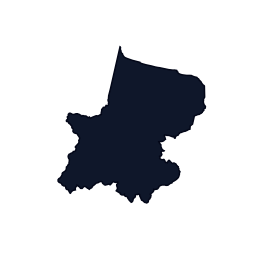 Chiclayo, Lambayeque, Peru (Mercator projection), rotated 150°
{"feature_id": "86281439B7276941823371", "entity_name": "Chiclayo", "entity_type": "district", "adm_level": 2, "iso_a3": "PER", "parent_name": "Peru", "parent_adm1": "Lambayeque", "projection": "mercator", "projection_center": [-79.536, -6.829], "detail": "fine", "context": "isolated", "style": "filled", "palette": "ink", "viewbox_px": 256, "rotation_deg": 150, "n_neighbors": 0, "source": "geoboundaries", "source_scale": "gbopen_adm2", "svg_char_len": 5775}
<svg xmlns="http://www.w3.org/2000/svg" viewBox="0 0 256 256"><g transform="rotate(150 128 128)"><path d="M171.5,170.1L172.9,169.7L173.0,168.7L175.1,167.9L175.1,167.2L175.6,166.1L175.9,165.8L177.2,165.6L177.6,165.3L177.9,164.6L177.9,164.4L177.1,163.7L176.6,163.1L176.6,162.9L176.8,162.5L176.9,161.9L176.0,159.8L176.0,158.7L175.6,157.8L176.4,156.4L176.5,156.2L176.1,155.2L176.1,154.4L176.3,153.9L177.3,152.8L177.3,151.8L177.1,150.9L176.6,150.2L175.0,148.5L174.8,147.5L175.0,146.8L174.8,145.5L174.8,143.4L176.1,142.2L176.8,141.9L177.1,141.0L178.1,139.6L182.9,138.1L183.2,137.6L183.0,136.8L183.3,135.9L185.0,134.4L186.3,134.6L187.2,135.0L187.9,134.4L188.6,134.3L189.7,134.6L191.0,134.6L191.4,134.5L192.1,134.7L193.1,134.2L193.7,133.7L194.2,133.0L194.6,131.3L194.4,130.3L195.0,129.4L195.1,129.0L196.5,127.4L196.9,126.3L197.2,126.2L197.9,126.3L199.6,125.2L200.8,125.0L202.1,123.1L203.4,122.2L207.1,121.9L207.8,121.4L208.2,120.6L210.2,119.3L211.9,118.7L213.3,118.7L213.9,118.4L214.5,118.1L214.9,117.2L215.1,117.0L215.0,115.9L214.7,115.1L213.9,114.3L213.6,113.6L213.4,113.1L213.5,111.6L212.7,110.1L211.5,109.2L211.4,108.8L211.4,108.2L211.8,107.3L212.0,106.1L211.5,105.1L210.5,104.5L210.7,103.5L210.8,100.7L210.5,100.3L210.0,100.5L209.2,101.0L207.7,101.4L206.6,101.4L204.5,100.7L204.2,101.6L203.4,102.6L201.8,103.4L201.1,103.5L200.8,103.9L200.6,103.4L200.3,103.3L200.3,103.0L200.2,102.5L199.5,101.3L199.3,99.7L199.1,99.3L197.9,98.6L195.7,99.4L195.4,99.4L194.4,98.8L193.8,97.9L193.4,97.0L193.3,96.3L192.6,95.5L192.2,94.3L190.7,94.6L189.5,94.4L187.9,95.1L187.6,95.5L187.4,95.6L186.1,95.5L185.7,95.7L184.7,95.8L183.1,96.2L181.2,95.6L180.2,95.7L178.1,95.3L177.7,94.9L177.3,93.5L177.6,92.9L177.5,92.4L177.2,92.1L176.9,90.8L176.3,90.0L173.9,89.3L172.5,89.0L172.1,88.0L171.7,87.7L170.2,88.2L169.7,88.3L168.9,88.8L167.6,88.9L166.4,87.5L165.6,86.9L164.1,86.6L163.9,86.4L164.5,85.2L165.2,84.9L165.9,84.8L166.5,84.0L166.8,83.0L166.6,82.2L167.1,81.8L167.3,81.2L167.8,80.3L169.4,79.7L169.6,79.5L168.5,77.5L168.0,76.8L167.9,76.3L167.2,75.4L167.6,74.9L167.5,74.3L167.0,73.4L166.6,73.0L165.8,72.6L164.9,72.4L164.3,72.4L164.9,71.6L164.8,71.3L164.4,70.1L163.4,69.4L162.9,68.1L163.2,67.6L163.2,66.6L163.0,66.0L163.1,65.3L162.9,64.0L162.4,62.8L162.4,62.1L162.0,62.0L161.3,62.0L160.3,62.5L158.5,64.4L157.1,64.4L156.3,64.7L155.7,65.3L155.3,66.3L155.0,66.5L154.1,66.3L153.3,65.7L151.8,65.5L151.7,65.1L151.4,65.0L151.2,64.6L151.8,63.3L151.8,62.1L152.0,61.4L152.0,60.6L152.3,58.8L151.4,57.5L151.2,56.5L150.7,55.2L150.1,54.8L149.5,53.9L148.7,53.7L147.7,53.8L147.3,54.0L146.8,54.8L145.9,55.5L145.4,55.7L144.4,55.8L143.8,56.4L143.0,56.7L142.8,57.2L142.2,57.6L141.6,58.4L141.9,59.3L141.7,59.7L139.5,59.9L138.2,60.2L137.9,60.5L137.1,60.8L136.4,62.1L135.6,61.4L134.1,60.8L133.0,60.5L132.5,60.6L131.1,61.2L130.3,61.9L129.5,62.0L126.9,61.7L126.5,61.3L124.9,60.5L123.7,59.3L122.5,58.7L121.6,58.5L120.8,58.7L118.8,58.9L117.6,58.5L117.2,58.6L116.6,59.2L114.3,59.1L112.4,59.2L110.3,59.6L109.8,59.9L109.4,59.9L108.4,60.5L107.6,61.4L106.9,61.8L106.5,62.7L104.8,64.3L105.1,65.9L104.8,66.5L104.8,66.8L104.3,67.5L104.3,68.8L104.2,69.2L103.9,69.4L104.3,70.0L104.3,70.9L104.6,71.4L104.5,72.8L105.6,74.6L106.2,74.9L106.7,74.7L107.3,75.1L108.2,77.7L108.3,79.1L108.5,79.4L109.0,79.6L109.6,79.4L110.2,79.1L110.6,78.6L111.2,78.2L111.9,79.0L112.7,79.3L112.8,79.5L112.5,81.3L112.6,82.7L112.9,83.0L113.7,83.1L114.9,84.0L115.5,84.9L115.7,85.9L115.1,86.4L114.8,87.7L114.5,87.7L114.0,87.4L113.3,87.3L112.1,88.0L111.8,88.4L111.8,89.4L111.3,90.8L109.9,91.0L108.9,90.3L108.3,90.1L108.1,90.2L108.6,90.7L108.6,91.1L108.8,91.4L109.2,93.1L108.7,95.8L107.9,96.9L108.2,97.5L108.1,98.4L108.3,99.0L108.3,100.2L108.2,100.8L107.0,100.1L104.8,99.2L103.4,99.1L102.2,99.5L101.2,99.5L100.5,102.5L100.5,103.1L100.0,103.6L99.6,103.3L98.7,103.0L98.2,102.3L96.7,101.4L95.9,100.7L93.8,98.1L93.3,97.8L92.9,98.1L92.6,98.0L92.8,96.2L92.7,95.9L92.4,95.7L92.1,95.7L91.8,96.0L91.4,96.6L90.5,97.0L89.2,97.0L88.1,96.8L87.5,97.4L86.7,97.6L86.3,97.5L86.0,98.1L84.0,97.6L83.7,97.4L83.4,97.5L81.3,97.1L80.2,96.7L79.9,96.6L79.8,96.8L79.3,96.6L78.8,96.7L78.5,96.4L76.1,96.4L75.0,96.0L73.1,98.7L70.2,99.1L64.5,105.3L64.0,105.3L63.3,105.1L61.2,104.8L60.8,104.9L59.9,104.3L59.3,104.2L58.9,104.3L57.1,104.2L56.9,104.4L55.9,104.4L55.4,104.9L54.6,105.1L54.6,105.3L54.2,105.5L53.7,105.4L53.7,105.9L53.4,106.4L51.2,106.6L50.8,107.0L50.7,107.6L50.2,107.9L50.2,108.7L50.5,110.2L50.0,112.2L49.7,113.0L48.8,114.1L48.3,115.2L46.2,116.4L40.9,126.1L40.9,126.7L41.4,127.5L41.8,129.8L41.7,131.7L42.4,134.0L42.3,134.7L42.4,135.3L42.9,136.1L43.1,137.4L44.9,139.1L46.2,140.7L46.8,141.7L48.6,142.9L50.4,143.9L51.3,144.5L54.4,146.9L55.6,148.1L56.5,149.2L57.0,150.2L57.1,151.1L56.9,151.8L57.3,152.1L57.5,152.6L57.5,152.8L57.0,153.2L57.0,153.5L59.0,155.1L60.1,155.6L63.7,158.3L70.6,164.5L71.7,165.3L73.8,167.1L76.6,169.9L80.9,173.8L83.8,176.8L84.8,178.1L84.9,178.5L84.8,178.9L85.0,179.1L90.3,184.3L94.0,188.6L95.2,190.2L95.9,191.4L95.8,191.8L96.0,192.6L96.0,194.1L95.7,195.0L96.1,196.1L96.1,197.0L95.5,198.5L95.4,199.7L95.0,200.5L94.3,201.3L94.3,201.7L94.2,202.1L94.3,202.3L123.8,170.5L128.6,165.6L130.5,162.8L131.1,162.5L131.5,161.8L131.7,161.3L131.6,159.9L132.0,159.5L132.5,159.4L133.0,158.2L134.2,157.4L134.7,157.6L135.5,158.4L135.7,158.5L136.7,157.7L137.3,157.4L139.1,158.2L140.1,157.6L141.3,157.3L141.5,157.2L142.0,156.3L143.7,154.4L144.3,153.0L145.0,153.1L145.3,153.4L145.9,153.2L146.4,153.4L146.8,153.3L147.9,153.4L149.4,154.5L153.3,155.1L155.8,155.3L155.9,156.8L156.8,156.9L157.3,156.8L157.6,157.0L157.8,157.4L157.8,158.1L158.4,159.4L160.0,160.4L160.8,161.3L161.2,161.4L161.8,161.3L162.3,161.3L162.5,162.7L162.9,163.1L163.4,164.2L163.8,164.5L164.5,165.5L165.8,166.3L168.2,166.8L169.4,167.7L170.0,168.8L170.7,169.7L171.5,170.1Z" fill="#0f172a" stroke="#020617" stroke-width="1.5"/></g></svg>